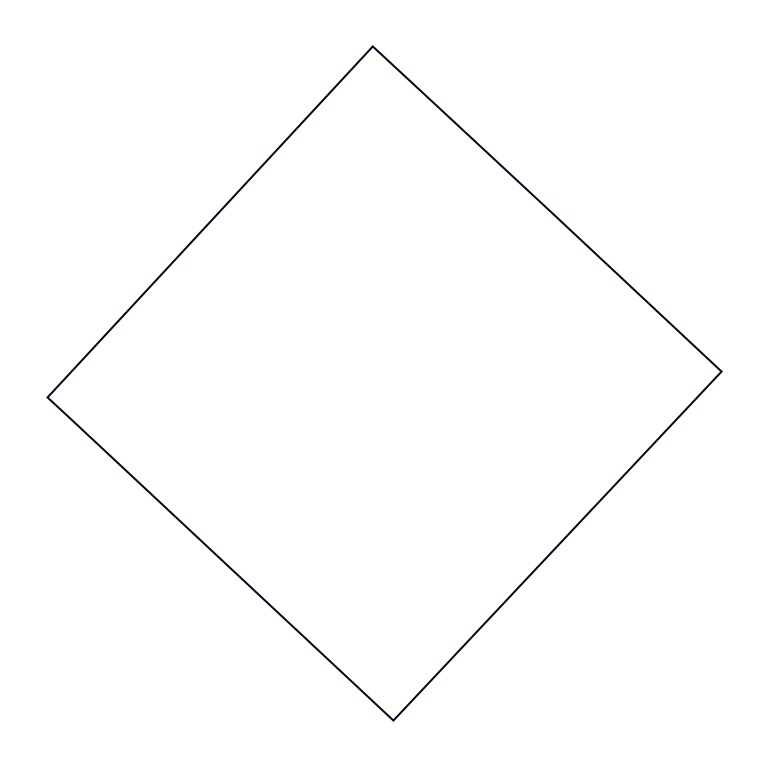 Brown, Kansas, United States of America, rotated 223°
{"feature_id": "52423323B65673642944633", "entity_name": "Brown", "entity_type": "district", "adm_level": 2, "iso_a3": "USA", "parent_name": "United States of America", "parent_adm1": "Kansas", "projection": "albers", "projection_center": [-95.595, 39.827], "detail": "fine", "context": "isolated", "style": "outline", "palette": "ink", "viewbox_px": 768, "rotation_deg": 223, "n_neighbors": 0, "source": "geoboundaries", "source_scale": "gbopen_adm2", "svg_char_len": 274}
<svg xmlns="http://www.w3.org/2000/svg" viewBox="0 0 768 768"><g transform="rotate(223 384 384)"><path d="M145.6,623.3L384.2,623.7L562.5,623.4L622.4,623.2L620.9,144.7L583.5,144.8L151.2,144.3L147.6,144.3L145.6,623.3Z" fill="none" stroke="#020617" stroke-width="2"/></g></svg>